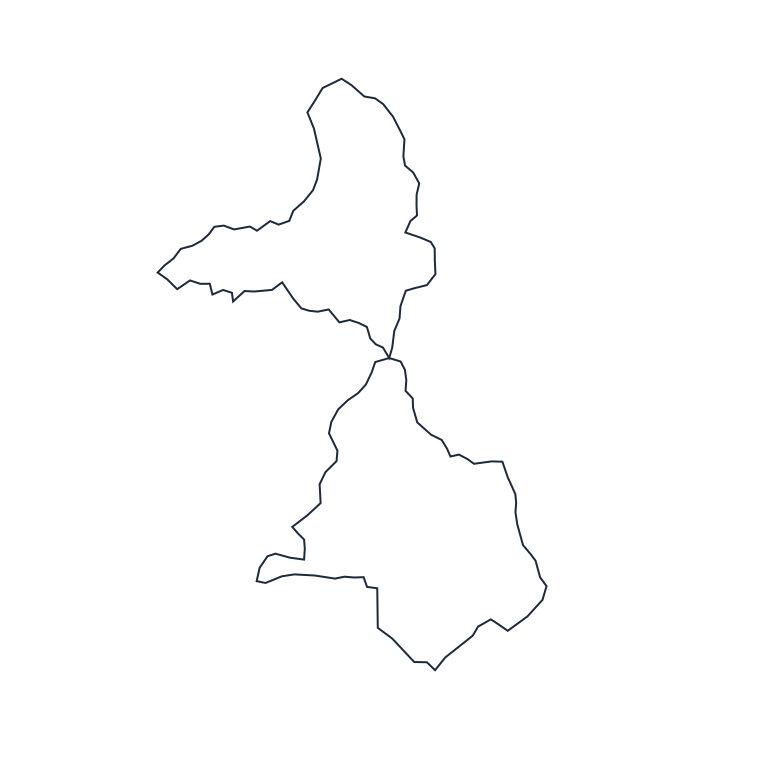 the district of Mauá da Serra, Paraná, Brazil, rotated 213°
{"feature_id": "56859067B71955280503235", "entity_name": "Mauá da Serra", "entity_type": "district", "adm_level": 2, "iso_a3": "BRA", "parent_name": "Brazil", "parent_adm1": "Paraná", "projection": "natural_earth1", "projection_center": [-51.168, -23.916], "detail": "fine", "context": "isolated", "style": "outline", "palette": "slate", "viewbox_px": 768, "rotation_deg": 213, "n_neighbors": 0, "source": "geoboundaries", "source_scale": "gbopen_adm2", "svg_char_len": 2063}
<svg xmlns="http://www.w3.org/2000/svg" viewBox="0 0 768 768"><g transform="rotate(213 384 384)"><path d="M393.8,408.6L403.3,397.6L400.7,387.2L398.9,373.8L400.7,362.4L405.5,350.7L408.6,337.8L407.5,323.5L403.3,312.7L386.7,302.7L381.8,293.5L385.1,278.3L383.4,264.9L372.3,249.6L376.7,232.3L383.1,214.2L374.7,211.8L366.3,210.0L360.7,202.7L355.4,193.2L368.3,187.1L382.6,182.6L387.9,176.1L388.2,162.1L383.4,149.3L375.0,152.6L365.0,167.0L355.5,175.5L337.9,185.6L327.8,190.2L319.1,194.1L312.3,200.8L303.6,205.5L295.9,210.9L287.7,204.6L278.4,209.0L256.4,176.1L238.5,175.0L207.2,167.3L196.5,174.0L185.3,171.8L183.7,188.0L172.5,221.3L173.0,231.7L166.2,244.8L157.9,244.8L145.8,244.4L140.2,259.1L137.1,267.3L133.5,289.3L137.6,303.0L147.8,306.9L160.6,318.3L168.2,321.1L179.7,324.6L195.7,338.8L203.8,347.9L208.5,356.4L213.8,363.1L221.3,368.0L228.9,372.8L242.4,383.3L251.6,377.7L265.1,366.1L273.2,366.5L282.7,365.6L288.8,359.4L295.9,364.1L305.1,368.5L316.8,367.1L335.2,369.9L346.7,379.9L352.0,387.5L362.2,390.0L367.4,399.4L374.2,407.3L382.3,411.9L393.8,408.6ZM585.8,616.9L596.7,598.8L596.2,582.0L596.2,570.1L581.9,560.1L559.8,538.7L551.6,519.3L549.1,508.0L550.6,493.6L554.4,479.9L552.3,469.2L559.2,460.3L568.2,458.6L574.0,443.4L582.2,443.0L593.9,432.0L604.6,429.6L611.9,423.5L612.5,414.0L615.0,404.8L619.9,395.7L628.1,386.6L628.9,374.7L632.6,364.1L634.5,354.2L622.7,353.7L609.1,350.9L603.1,365.2L592.6,368.0L584.7,373.2L576.6,365.6L570.2,375.2L561.2,377.7L555.5,371.0L551.6,386.0L543.2,390.9L529.2,401.9L524.8,413.8L506.4,406.1L494.5,402.4L486.4,404.8L478.9,408.6L471.0,416.4L455.0,411.4L447.6,419.0L438.5,421.4L429.4,422.5L420.3,414.7L412.6,412.8L404.7,414.0L393.8,408.6L396.9,419.0L404.2,433.9L406.6,447.3L412.6,458.3L416.5,474.1L410.3,481.3L401.9,490.3L400.7,504.2L408.6,515.2L415.3,525.3L422.1,528.6L433.3,526.6L448.6,522.7L450.6,535.1L448.1,543.3L454.0,551.5L459.8,560.6L463.7,571.4L474.5,577.2L485.3,578.7L491.7,585.4L500.1,600.3L507.2,604.6L522.0,613.1L537.2,618.3L547.2,618.7L557.1,614.4L573.9,616.9L585.8,616.9Z" fill="none" stroke="#1e293b" stroke-width="2"/></g></svg>